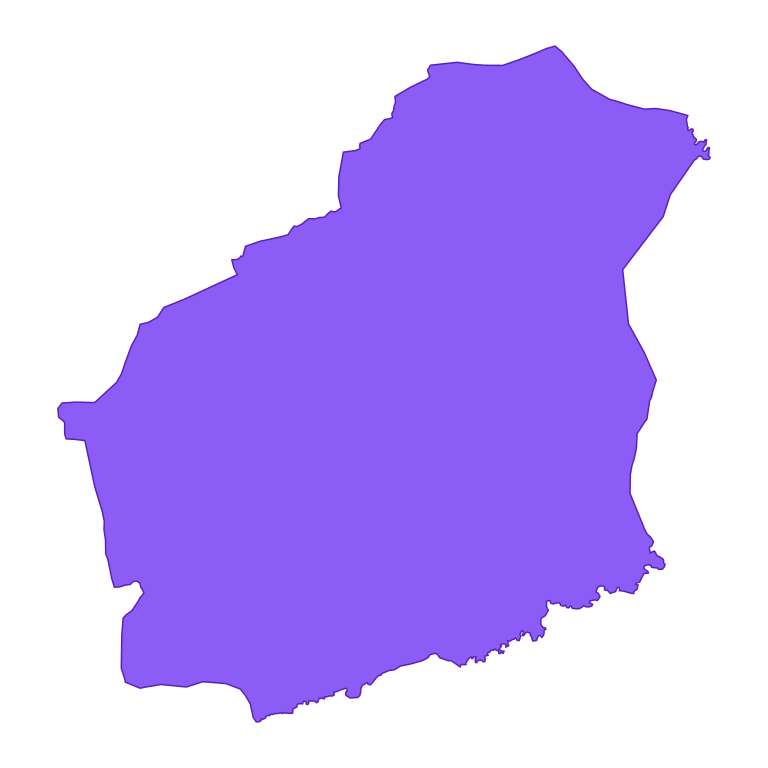 Kafin Hausa, Jigawa, Nigeria
{"feature_id": "59680162B31389051207927", "entity_name": "Kafin Hausa", "entity_type": "district", "adm_level": 2, "iso_a3": "NGA", "parent_name": "Nigeria", "parent_adm1": "Jigawa", "projection": "mercator", "projection_center": [10.036, 12.162], "detail": "fine", "context": "isolated", "style": "filled", "palette": "violet", "viewbox_px": 768, "rotation_deg": 0, "n_neighbors": 0, "source": "geoboundaries", "source_scale": "gbopen_adm2", "svg_char_len": 6095}
<svg xmlns="http://www.w3.org/2000/svg" viewBox="0 0 768 768"><path d="M66.2,438.9L74.1,439.3L84.9,440.6L94.8,486.9L102.2,511.2L104.3,521.4L104.0,529.7L105.5,539.9L105.7,553.9L107.8,559.2L111.9,579.1L114.4,587.2L119.9,586.9L125.4,585.0L128.7,584.7L130.5,584.3L131.9,582.7L134.0,581.4L135.5,581.0L137.9,581.7L140.0,583.6L140.8,587.2L143.0,590.7L143.8,592.8L142.2,595.5L140.0,597.6L138.5,600.8L131.9,610.6L126.2,614.8L123.8,617.3L123.1,618.4L121.8,635.3L121.3,668.2L124.8,679.1L125.4,682.2L140.1,688.2L145.5,687.1L160.8,684.5L186.3,687.0L202.8,681.7L226.0,683.6L240.2,689.0L245.2,695.1L250.3,703.9L253.2,717.3L256.2,721.9L258.8,721.8L261.1,720.7L261.2,718.8L263.2,719.2L265.4,718.0L266.2,715.9L269.6,715.5L270.9,714.2L272.4,714.5L275.4,713.5L277.9,713.6L280.4,712.7L282.4,713.6L283.5,712.6L285.8,713.1L289.3,713.3L292.5,713.3L292.8,711.6L292.8,709.0L296.8,707.0L297.3,704.4L299.2,703.7L302.7,703.8L303.2,701.7L304.4,701.2L306.1,701.9L306.2,704.0L307.6,704.6L308.6,703.4L308.9,700.9L314.8,701.1L316.5,702.7L318.0,701.8L319.0,698.5L321.3,698.3L324.4,698.8L324.4,696.9L326.8,696.8L330.0,695.8L332.1,696.1L334.2,695.0L333.9,692.2L335.6,691.9L338.1,691.0L341.0,689.7L346.0,688.3L347.1,689.5L347.2,691.0L345.7,692.4L345.6,694.8L347.2,696.2L350.3,698.0L357.9,697.4L359.8,695.4L360.6,692.6L360.8,689.0L361.8,686.3L362.9,685.0L365.2,683.8L366.1,682.6L367.2,682.7L368.0,684.3L370.4,684.8L372.4,682.7L376.2,677.9L378.2,675.9L381.1,675.1L381.7,673.6L389.1,670.5L394.6,669.7L400.3,666.1L411.2,663.8L420.8,661.1L423.3,660.2L428.1,657.5L429.9,654.7L434.9,653.4L437.1,653.9L439.0,656.7L440.2,658.1L442.1,658.5L448.0,660.7L451.3,660.7L460.1,666.9L461.1,664.5L465.1,664.7L466.1,664.3L465.8,663.0L468.1,659.5L470.0,657.4L471.0,657.1L471.7,658.4L472.8,658.6L473.3,656.8L476.2,657.0L475.2,659.3L475.5,662.5L476.8,662.6L477.1,660.9L480.5,660.2L482.2,660.7L483.3,661.9L484.9,661.6L485.0,660.3L485.4,658.7L484.5,657.4L485.1,656.1L488.1,655.3L487.4,653.9L487.9,652.7L489.8,652.1L490.3,650.7L492.4,649.9L493.5,650.4L494.5,649.2L495.6,649.2L496.2,650.4L498.0,650.7L498.8,651.8L498.7,653.3L499.9,653.6L501.4,652.7L503.2,653.3L504.0,651.2L501.6,651.0L499.1,649.3L501.5,646.2L500.4,644.8L502.0,644.0L504.2,643.8L505.9,645.2L505.8,647.0L508.7,645.8L508.1,643.4L507.7,640.8L509.3,641.2L510.7,640.7L512.3,639.6L514.3,639.1L515.5,638.0L516.5,638.8L517.2,640.5L519.2,640.5L519.9,638.4L520.7,636.3L519.8,634.2L521.6,631.0L522.9,630.9L523.5,632.7L522.5,634.4L522.2,635.3L522.8,635.7L523.7,635.4L526.3,632.3L527.7,632.2L530.2,633.2L530.4,635.3L531.7,637.1L532.4,640.2L532.9,641.1L536.6,640.4L537.5,637.7L538.5,635.6L540.1,635.6L541.9,637.4L543.6,635.1L544.1,632.3L544.0,630.4L545.9,629.1L545.0,627.7L543.1,627.6L540.9,624.5L540.9,619.6L541.3,618.1L542.6,617.5L545.2,615.7L548.3,610.4L546.6,606.9L546.5,601.7L547.6,600.5L549.8,600.8L550.9,603.3L553.2,604.0L556.4,603.0L559.6,602.8L560.7,605.3L563.1,606.2L565.4,605.3L567.1,607.7L569.0,607.7L570.2,606.2L571.3,606.3L572.3,608.3L575.6,608.8L579.4,608.6L582.0,607.2L583.6,605.7L586.0,606.8L588.9,606.9L591.7,606.1L592.7,604.3L589.4,602.8L590.0,601.0L592.9,600.2L595.6,599.9L597.3,600.6L598.8,598.7L600.0,596.4L598.4,593.6L596.0,591.9L596.9,589.6L597.3,587.7L599.7,586.1L603.3,586.0L604.9,587.6L604.4,589.3L605.5,590.4L607.4,590.2L610.3,593.5L612.5,592.6L615.6,591.6L617.1,588.0L618.4,587.2L619.7,588.1L619.4,590.7L623.1,591.0L630.7,593.2L633.7,593.5L634.3,591.0L636.9,589.5L637.6,587.3L638.0,584.9L635.6,584.3L636.3,583.1L639.7,581.9L643.6,574.1L644.4,573.3L647.1,573.3L648.3,573.1L648.0,571.6L644.1,568.8L643.9,567.6L644.6,565.9L647.8,564.7L650.9,565.5L651.7,567.4L657.7,568.1L658.5,569.4L662.4,569.2L664.5,566.6L665.0,564.3L663.6,562.9L663.6,560.3L663.0,559.1L660.4,557.2L656.9,555.6L655.1,551.9L654.1,551.0L650.3,552.9L649.5,549.7L649.4,547.3L651.8,545.8L653.1,542.8L653.3,541.4L650.4,536.9L647.3,534.3L644.8,529.7L630.0,493.3L630.4,474.4L631.9,465.8L634.2,458.7L636.4,448.3L637.1,433.7L644.7,421.9L646.9,419.3L649.6,401.0L651.3,397.5L653.0,390.5L656.3,380.1L644.3,352.6L628.5,323.9L622.7,269.7L663.2,216.6L670.3,194.7L694.4,159.9L695.5,159.6L696.7,158.5L697.6,157.1L699.0,156.2L700.3,156.2L701.1,156.4L701.9,156.9L703.4,159.1L706.3,159.6L708.9,159.3L709.7,158.7L710.1,157.6L709.6,156.7L708.7,156.0L708.1,155.1L708.6,154.3L708.9,153.1L709.0,151.9L708.8,150.6L709.3,149.5L709.5,148.3L709.0,147.5L707.9,147.7L707.1,148.7L706.3,150.5L705.2,151.2L703.9,151.3L702.9,150.7L702.7,149.4L704.8,145.7L706.0,144.7L706.2,142.4L706.6,140.0L705.5,139.7L704.7,140.2L704.5,141.1L703.9,142.2L702.9,141.6L701.6,141.4L699.8,141.6L698.3,142.3L697.0,144.3L695.7,144.8L694.6,144.4L694.4,142.9L695.2,142.4L695.9,141.5L696.3,140.3L696.3,139.3L695.7,138.6L694.2,137.4L693.5,137.1L693.3,135.7L691.9,132.9L693.0,131.5L693.3,130.1L692.8,129.2L692.2,128.9L691.4,129.0L689.2,130.2L688.3,130.5L687.7,130.0L687.8,128.3L688.2,127.7L687.5,126.7L687.1,124.6L687.0,122.9L686.3,119.7L687.8,115.5L670.0,110.6L656.1,108.5L644.3,109.1L626.8,104.5L617.7,101.5L609.7,99.4L591.5,89.1L582.7,79.2L573.7,65.7L561.8,51.8L555.1,46.1L546.5,48.5L534.2,53.8L518.8,59.8L502.8,65.4L485.2,65.3L473.7,64.5L457.1,62.3L430.6,65.2L427.8,69.8L427.8,71.3L429.6,75.6L428.9,77.9L426.9,79.4L423.1,81.1L410.8,87.1L398.3,94.4L395.0,96.4L395.0,98.2L395.4,99.4L395.4,101.6L395.1,104.3L394.2,105.8L393.4,111.0L393.1,111.3L392.0,113.5L391.8,114.8L392.2,115.7L392.4,116.4L392.4,117.5L392.2,117.8L388.7,118.9L385.0,119.4L384.5,119.6L380.5,124.4L370.6,139.1L360.0,143.5L360.1,144.2L359.7,145.1L359.7,146.3L360.1,148.7L355.6,150.5L343.4,152.1L338.9,176.5L338.4,195.4L341.2,207.9L335.3,211.9L330.9,211.2L327.4,214.0L324.6,217.2L319.2,217.5L315.1,218.9L309.0,218.6L305.9,220.7L302.4,223.7L297.3,226.5L293.9,226.1L288.0,234.7L281.4,236.7L260.6,241.1L245.5,246.3L242.7,256.4L241.3,256.4L240.9,256.1L240.5,256.8L239.5,258.0L236.9,259.6L231.9,259.6L232.0,260.6L233.8,267.5L237.3,274.8L234.9,275.8L183.9,299.4L163.9,307.4L157.5,317.2L148.4,322.4L140.1,324.3L137.3,335.1L131.4,345.8L125.5,361.8L121.5,373.8L116.6,382.4L94.6,402.6L76.0,402.1L62.2,403.0L57.9,408.4L58.6,417.1L64.6,422.2L64.7,434.4L66.2,438.9Z" fill="#8b5cf6" stroke="#5b21b6" stroke-width="1.5"/></svg>